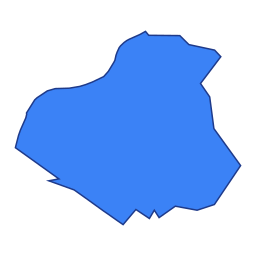 Oldham, Kentucky, United States of America (Albers equal-area conic projection)
{"feature_id": "52423323B72151792801838", "entity_name": "Oldham", "entity_type": "district", "adm_level": 2, "iso_a3": "USA", "parent_name": "United States of America", "parent_adm1": "Kentucky", "projection": "albers", "projection_center": [-85.487, 38.405], "detail": "fine", "context": "isolated", "style": "filled", "palette": "blue", "viewbox_px": 256, "rotation_deg": 0, "n_neighbors": 0, "source": "geoboundaries", "source_scale": "gbopen_adm2", "svg_char_len": 742}
<svg xmlns="http://www.w3.org/2000/svg" viewBox="0 0 256 256"><path d="M15.4,147.7L58.9,178.9L48.8,180.8L74.1,189.9L85.8,198.2L104.0,211.3L107.8,213.9L118.0,221.1L123.1,224.6L135.9,209.5L149.4,218.5L154.3,210.2L159.1,217.6L175.3,206.2L197.1,210.2L214.4,204.5L240.6,165.6L213.9,128.6L209.7,96.9L200.5,83.5L220.8,56.7L214.6,50.1L188.9,44.6L179.8,35.6L148.7,35.3L145.5,31.4L145.3,31.5L139.9,34.5L129.3,39.2L126.7,40.6L124.1,42.5L120.6,45.8L119.2,47.6L117.1,52.2L116.0,55.3L114.9,60.3L113.8,62.4L108.4,71.3L103.7,76.6L92.2,82.1L85.7,84.6L79.8,86.4L69.2,88.2L55.3,88.6L47.3,90.9L37.1,97.7L34.7,99.9L26.5,113.0L26.7,114.2L25.8,117.9L20.5,129.9L18.6,135.2L18.1,137.1L15.4,147.6L15.4,147.7Z" fill="#3b82f6" stroke="#1e3a8a" stroke-width="1.5"/></svg>